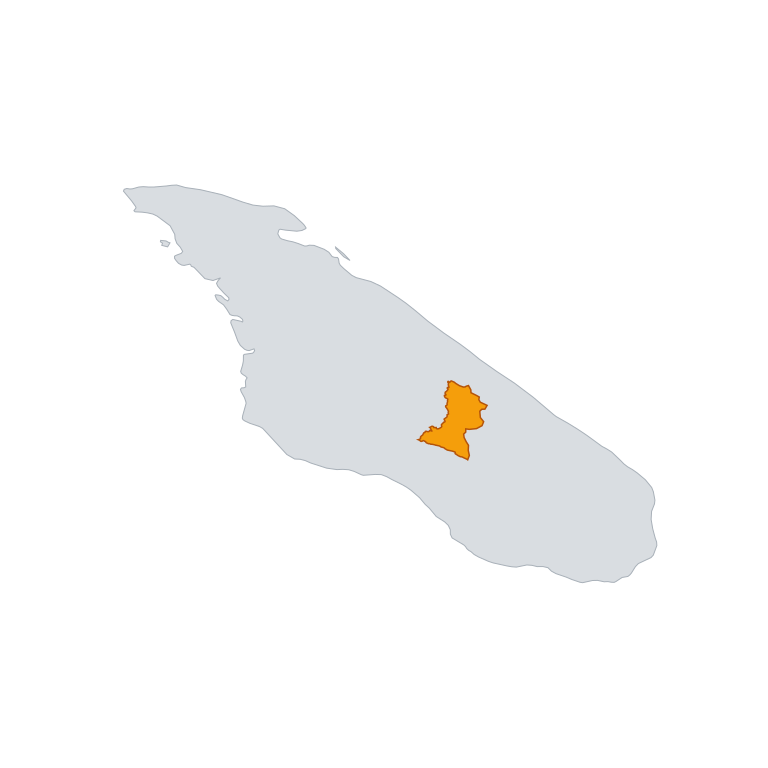 where Amoron'i Mania sits in Madagascar, rotated 292°
{"feature_id": "MDG-5861", "entity_name": "Amoron'i Mania", "entity_type": "Autonomous Province", "adm_level": 1, "iso_a3": "MDG", "parent_name": "Madagascar", "parent_adm1": "", "projection": "equal_earth", "projection_center": [46.639, -20.465], "detail": "fine", "context": "in_parent", "style": "filled", "palette": "amber", "viewbox_px": 768, "rotation_deg": 292, "n_neighbors": 0, "source": "natural_earth", "source_scale": "10m", "svg_char_len": 7107}
<svg xmlns="http://www.w3.org/2000/svg" viewBox="0 0 768 768"><g transform="rotate(292 384 384)"><path d="M476.8,86.9L478.4,91.8L480.3,96.6L486.1,108.1L488.6,112.5L490.8,117.2L491.8,126.5L495.4,141.1L498.8,162.9L499.8,185.3L500.8,195.5L503.5,205.2L507.9,215.2L509.3,226.3L506.5,237.8L502.4,248.5L501.4,250.6L499.5,253.3L498.7,253.2L495.6,250.4L493.0,245.9L489.8,235.1L488.6,229.7L487.2,228.8L483.4,229.3L480.6,232.7L480.1,234.8L480.7,240.9L481.7,246.3L482.1,251.8L482.2,258.8L483.2,260.9L484.7,262.7L486.3,267.2L486.5,278.0L485.5,283.5L482.7,288.2L482.9,290.8L483.9,293.4L482.9,295.0L479.3,297.1L477.8,298.9L475.9,303.6L472.7,313.4L472.2,318.3L474.1,333.4L473.5,344.1L469.4,364.6L467.1,374.3L463.7,385.8L458.7,401.1L453.7,420.2L449.4,439.8L446.3,451.6L442.7,463.2L437.9,483.7L433.7,504.5L427.6,527.3L419.2,552.6L418.3,555.9L416.6,568.9L414.7,580.1L412.4,591.2L407.8,609.5L407.2,615.1L406.2,620.6L401.7,632.0L399.8,636.3L398.5,640.8L397.7,646.5L396.4,652.1L393.1,662.2L388.3,671.0L385.0,674.1L377.8,678.7L374.2,679.7L366.2,679.8L358.5,682.4L350.4,687.4L342.7,693.2L339.7,695.9L336.4,697.5L326.2,697.8L323.1,696.6L312.8,687.1L308.8,685.5L301.3,684.2L299.0,683.4L296.9,682.2L293.8,677.2L287.7,673.0L286.3,671.7L285.3,668.8L284.7,665.7L283.1,662.2L281.9,655.5L279.9,650.9L274.2,642.6L273.6,640.0L273.1,631.3L273.2,625.3L272.6,614.5L273.2,609.4L275.1,604.8L274.3,599.8L272.1,594.5L271.3,589.1L269.7,584.2L263.8,575.3L262.4,570.9L261.4,566.3L259.0,552.2L258.7,547.2L259.0,536.8L259.7,531.4L261.1,527.6L261.5,524.8L262.4,522.4L263.8,520.5L264.7,518.2L266.8,504.8L269.6,501.8L273.7,500.1L277.0,496.6L278.9,491.9L280.7,482.1L285.9,472.4L287.8,467.3L291.9,459.6L295.6,448.8L296.8,443.6L297.5,438.4L298.4,426.9L299.1,421.1L299.0,415.5L296.8,409.6L291.6,399.0L291.4,397.0L291.8,389.1L291.3,383.4L289.4,377.7L287.0,372.4L284.5,362.3L283.3,345.7L283.5,339.7L282.8,334.4L281.0,329.3L282.2,320.4L297.4,288.2L297.9,284.4L297.3,274.5L297.6,268.8L298.1,266.6L299.3,265.4L301.9,264.8L314.4,263.4L316.0,262.4L319.1,259.7L323.4,254.4L325.3,252.9L327.0,253.4L328.1,255.7L329.5,256.9L334.5,254.5L336.5,254.4L338.4,254.8L339.4,252.6L339.9,249.7L340.6,247.6L342.0,246.4L348.5,245.8L352.6,245.0L358.0,242.9L359.1,243.3L363.4,250.7L364.8,251.3L366.4,251.6L367.9,250.3L364.4,246.4L363.9,244.2L364.0,241.7L365.9,236.4L369.1,232.3L376.0,226.1L383.3,219.0L385.4,218.5L387.2,219.6L388.6,228.0L388.4,229.4L389.5,229.6L390.9,228.6L392.1,225.2L392.2,222.4L391.2,219.6L390.7,217.3L390.7,215.2L394.4,210.2L397.3,205.5L398.6,199.8L399.8,197.1L402.8,194.2L403.7,194.6L404.4,197.1L404.8,199.6L404.0,202.1L402.9,204.6L402.5,208.0L404.2,208.6L405.8,207.8L408.2,201.8L410.9,196.1L412.5,193.1L414.6,191.0L418.0,191.5L421.2,192.7L415.9,186.7L414.6,178.5L421.0,164.2L421.0,161.2L422.0,160.3L422.4,159.1L419.1,154.3L418.5,151.9L418.9,148.3L420.5,145.1L422.0,142.8L424.0,141.9L425.6,143.2L429.2,147.1L431.5,147.7L434.5,143.9L436.8,139.2L440.4,135.9L444.4,133.9L450.6,126.4L454.7,110.7L455.0,106.1L454.1,100.6L452.7,95.3L450.4,88.7L451.0,87.2L454.4,88.1L455.5,87.2L459.2,81.4L465.2,70.2L467.2,70.2L468.9,72.3L469.6,75.3L470.7,77.6L474.8,82.9L476.8,86.9ZM434.6,131.0L434.7,132.7L430.1,132.0L429.3,126.0L431.6,125.9L432.1,123.4L433.5,123.1L435.0,128.4L434.6,131.0ZM489.7,297.6L485.8,306.2L486.9,299.0L491.5,288.6L492.8,287.8L489.7,297.6Z" fill="#d9dde1" stroke="#a8b0b8" stroke-width="1"/><path d="M345.2,436.6L346.0,437.6L346.9,438.2L347.1,438.2L347.4,438.2L347.7,438.2L347.9,438.0L348.3,437.7L348.5,437.7L348.8,437.8L349.6,438.0L351.3,439.0L353.5,439.1L353.7,439.3L354.2,439.9L354.4,440.1L354.7,440.1L355.3,440.0L355.6,440.1L356.0,440.8L356.2,442.4L356.5,443.1L357.0,443.6L357.6,443.7L358.1,443.9L358.2,444.9L358.3,445.9L358.6,445.8L359.4,444.6L360.3,443.8L360.6,443.4L360.9,442.6L361.3,443.1L362.3,443.8L362.7,444.2L363.0,444.9L363.0,445.6L362.8,446.2L362.3,446.5L362.5,447.0L362.9,448.2L363.2,448.7L362.4,449.3L362.3,450.0L362.6,450.8L363.2,451.6L364.6,452.8L365.4,453.3L366.1,453.5L366.5,453.3L367.3,452.7L367.7,452.5L368.2,452.5L368.5,452.7L368.8,452.9L369.5,453.2L370.1,453.4L370.6,453.5L370.9,453.6L371.1,453.9L371.2,454.2L371.5,454.5L372.3,454.6L373.0,453.9L373.6,453.1L374.1,452.9L376.4,454.4L377.2,454.7L378.0,454.6L378.6,454.2L379.1,454.0L379.7,454.5L380.3,455.0L381.0,454.7L381.6,454.2L381.9,454.1L382.8,454.0L383.0,453.9L383.2,453.6L383.5,453.2L384.3,452.3L385.3,450.8L385.6,450.2L385.8,450.0L386.2,449.6L386.4,449.5L386.8,449.4L387.0,449.5L387.5,449.9L388.2,450.3L388.5,450.3L389.7,449.7L391.3,449.6L391.6,449.5L392.3,449.1L392.9,449.0L393.5,449.0L393.8,448.9L394.0,448.7L394.2,447.1L394.2,446.2L394.3,446.0L394.4,445.8L394.5,445.6L394.7,445.3L394.9,445.1L395.3,444.7L395.5,444.6L395.6,444.4L395.9,444.3L396.1,444.3L396.2,444.5L396.3,444.7L396.4,444.9L396.6,445.2L396.8,445.4L397.1,445.5L397.2,445.4L397.4,445.3L397.9,444.4L398.0,444.3L398.1,444.2L398.8,444.0L399.2,443.9L399.4,443.9L399.6,444.0L399.8,444.1L400.2,444.5L400.4,444.6L402.5,445.3L402.9,445.4L403.1,445.3L403.3,445.2L403.5,444.7L403.7,444.3L404.1,444.1L404.3,444.2L404.5,444.2L404.6,444.4L404.8,444.6L404.9,445.0L405.1,445.3L405.3,445.4L407.2,444.0L407.5,443.8L408.6,443.6L408.8,443.5L409.0,443.4L409.4,442.7L409.6,442.5L409.8,442.4L410.2,442.3L410.4,442.4L410.5,442.5L410.5,443.0L410.4,443.1L410.2,443.5L410.1,443.9L410.1,444.1L410.2,444.3L410.4,444.4L410.6,444.5L411.4,444.7L411.6,444.8L411.8,444.9L411.9,445.1L412.0,445.2L412.1,445.5L412.0,447.8L412.0,448.7L411.8,449.1L411.4,450.4L410.9,453.4L410.7,454.6L410.9,458.4L410.9,458.8L411.0,459.0L411.3,459.4L411.5,460.1L411.6,460.3L412.3,460.7L412.4,460.8L412.6,460.9L413.0,461.4L413.1,461.6L413.4,461.8L413.5,462.0L413.7,462.3L413.8,462.6L414.0,462.7L414.2,462.9L411.1,466.7L408.5,467.9L408.0,474.3L407.6,477.2L405.0,477.8L403.2,480.1L402.8,487.6L398.5,487.0L397.2,484.1L394.6,483.0L389.0,485.9L386.4,490.5L382.1,490.5L377.3,486.5L373.9,480.1L373.0,476.6L370.0,477.8L367.4,476.6L364.4,478.3L361.3,481.8L358.8,485.3L354.0,487.0L349.7,489.9L345.1,490.0L345.2,489.7L345.3,489.5L345.3,489.2L345.5,485.1L345.6,484.5L345.6,484.1L345.6,483.5L345.3,482.4L345.2,481.8L345.2,481.4L345.3,480.8L345.3,480.3L345.3,480.0L345.5,478.7L345.6,478.4L345.7,478.0L345.8,477.8L345.9,477.6L345.9,476.7L346.0,476.4L346.1,476.1L346.4,475.9L347.0,475.8L347.2,475.7L347.4,475.5L347.5,475.3L347.5,475.1L347.5,474.8L347.4,472.6L346.5,467.7L346.5,467.3L346.5,467.0L346.6,466.8L346.6,466.6L346.7,466.0L346.8,465.1L346.8,464.9L347.2,464.1L347.3,463.8L347.3,463.6L347.3,463.0L347.3,462.7L347.0,460.8L347.0,460.6L347.0,460.3L347.1,459.8L347.3,459.3L347.3,459.1L347.3,458.7L347.3,458.3L346.7,455.1L346.6,454.7L346.6,453.8L346.2,451.4L345.9,450.5L345.7,450.0L345.7,449.7L345.7,449.0L345.7,448.5L345.5,448.1L345.3,447.6L345.3,447.3L345.3,447.0L345.3,446.8L345.4,446.5L345.3,445.6L345.4,445.3L345.4,445.1L345.5,444.9L345.6,444.7L345.9,444.5L346.1,444.3L346.2,444.1L346.2,443.8L346.1,443.2L346.2,442.9L346.3,442.4L346.3,442.0L346.3,441.8L346.2,441.6L346.1,441.4L345.6,441.1L345.3,440.8L345.1,440.6L344.9,440.3L344.7,439.9L344.7,439.5L344.7,439.2L345.0,438.6L345.0,438.4L345.1,438.1L345.2,437.0L345.2,436.6Z" fill="#f59e0b" stroke="#b45309" stroke-width="1.5"/></g></svg>